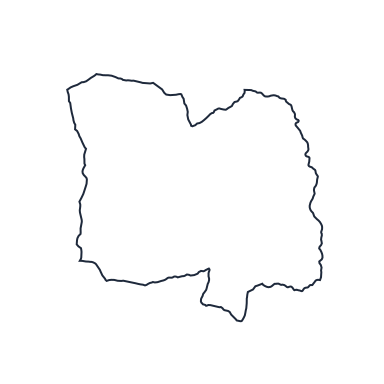 outline of Kalidzingkha, Daga, Bhutan, rotated 14°
{"feature_id": "84629894B31642600341684", "entity_name": "Kalidzingkha", "entity_type": "district", "adm_level": 2, "iso_a3": "BTN", "parent_name": "Bhutan", "parent_adm1": "Daga", "projection": "robinson", "projection_center": [89.878, 27.0], "detail": "fine", "context": "isolated", "style": "outline", "palette": "slate", "viewbox_px": 384, "rotation_deg": 14, "n_neighbors": 0, "source": "geoboundaries", "source_scale": "gbopen_adm2", "svg_char_len": 5993}
<svg xmlns="http://www.w3.org/2000/svg" viewBox="0 0 384 384"><g transform="rotate(14 192 192)"><path d="M169.0,294.0L170.4,293.1L171.5,291.9L173.1,290.5L175.0,289.5L175.8,288.8L177.5,288.8L178.3,288.6L180.4,287.8L183.6,285.8L185.7,284.7L187.0,283.8L188.1,282.7L189.1,281.4L189.9,280.8L190.8,280.5L192.9,280.1L193.9,279.6L194.6,278.8L195.3,278.3L196.4,278.0L197.7,278.0L198.8,278.3L201.1,277.0L202.8,276.1L204.4,275.6L205.3,275.0L207.0,273.3L207.9,273.2L209.2,273.1L210.8,273.4L214.2,272.1L216.8,270.2L217.4,269.6L217.7,268.6L218.2,267.8L219.1,267.1L219.8,266.4L222.4,266.1L223.3,265.4L224.2,264.4L225.1,263.7L225.7,263.1L226.9,262.2L227.7,262.9L227.9,263.8L227.8,264.7L227.7,265.3L227.7,266.9L228.1,268.3L228.4,269.7L229.5,271.8L229.9,273.4L229.9,275.6L229.5,277.3L229.5,282.4L229.4,283.6L228.1,286.9L227.6,287.8L227.5,288.6L227.4,290.5L226.8,292.8L226.7,293.8L227.1,296.0L227.5,296.6L228.0,297.2L228.9,297.6L229.6,298.3L232.3,298.4L233.2,299.0L234.0,298.6L235.2,297.7L237.2,297.3L245.5,297.2L246.9,297.1L247.8,296.6L249.6,297.3L251.0,298.4L252.0,298.8L255.8,298.7L257.6,299.3L259.7,301.5L265.5,305.0L266.4,305.8L269.9,305.7L270.8,305.5L271.4,305.2L272.1,303.4L272.6,301.5L273.1,299.0L273.0,296.4L272.8,293.6L272.8,291.7L272.0,286.7L270.9,282.0L270.9,281.1L270.5,278.2L270.4,275.5L274.8,271.8L276.3,268.1L278.3,266.9L282.4,264.0L283.3,264.8L285.2,265.5L287.3,265.9L289.1,265.9L290.8,265.2L291.3,264.9L292.2,264.0L294.1,261.4L294.6,261.0L295.8,260.8L296.3,260.5L298.1,260.0L300.5,260.5L301.1,260.5L301.7,260.2L302.3,260.0L303.5,260.0L304.1,260.0L305.3,260.4L307.0,261.2L307.6,261.3L308.2,261.2L309.2,260.5L310.4,259.9L311.0,259.8L312.1,260.2L312.7,260.6L314.6,262.3L315.1,262.5L315.6,262.2L316.1,261.9L316.8,261.8L317.2,261.5L319.1,261.6L320.3,261.5L322.2,261.7L322.8,261.5L323.2,261.0L323.6,259.8L323.8,259.2L324.4,258.1L325.4,257.4L327.2,256.7L327.7,256.3L328.9,254.0L329.4,253.7L330.0,253.4L330.6,253.4L331.2,253.2L331.5,252.7L331.9,251.5L332.5,250.3L333.2,248.5L333.9,247.5L335.0,246.9L335.6,246.7L337.5,246.5L337.8,243.5L336.9,238.6L336.2,236.8L336.0,234.0L334.6,231.6L332.9,230.2L332.3,228.6L334.2,226.0L334.5,224.2L334.0,222.3L333.2,220.6L332.1,219.0L330.5,217.1L329.1,216.1L329.0,215.2L329.1,214.2L330.1,212.3L330.4,210.4L329.2,207.7L328.8,207.2L328.5,205.1L328.5,202.8L328.0,201.1L327.4,200.5L327.0,199.6L327.2,196.7L327.0,195.6L326.7,194.4L326.2,193.3L325.1,191.9L323.4,190.2L321.6,189.0L319.9,188.2L316.6,186.2L316.3,185.8L314.8,183.5L314.4,183.0L313.8,182.6L312.6,181.9L311.3,180.7L310.8,180.0L310.1,178.8L309.8,178.0L309.5,176.7L309.5,175.7L309.5,173.9L309.8,172.1L310.5,169.9L310.7,169.1L310.8,167.1L311.3,164.6L311.4,164.0L311.2,163.5L310.1,161.3L309.8,160.4L309.7,159.4L309.7,158.6L309.7,158.0L310.4,156.6L310.7,155.6L310.9,154.0L310.9,152.8L310.4,149.5L310.4,146.6L310.0,146.0L308.7,144.9L307.7,143.9L307.2,142.9L306.7,141.7L306.4,141.2L306.0,140.8L304.0,140.0L302.9,139.4L302.2,139.0L300.2,138.9L299.1,138.5L298.5,137.8L298.4,137.2L298.4,134.1L297.8,130.6L297.1,129.9L296.0,129.7L294.6,129.7L293.8,129.4L293.4,129.0L292.9,128.1L292.9,127.5L293.0,126.9L294.3,124.7L294.6,123.6L294.7,122.9L294.6,122.2L293.7,120.0L293.4,118.8L293.1,118.1L292.6,117.0L291.8,115.9L290.0,114.7L288.6,113.9L286.8,113.2L286.5,112.8L285.9,111.9L285.3,110.7L283.1,108.0L282.3,106.7L281.9,106.3L279.0,104.1L276.6,102.4L276.3,101.9L276.1,101.3L276.0,100.8L276.4,99.7L277.7,98.7L278.1,98.3L278.3,97.6L278.2,96.9L277.5,96.4L276.4,96.3L275.8,96.2L274.6,95.5L274.2,95.1L273.9,94.6L273.6,94.1L273.2,92.0L272.9,91.3L272.4,90.7L271.6,89.8L270.6,89.3L269.8,88.5L269.0,87.1L268.0,85.1L267.3,84.0L266.8,83.6L266.3,83.4L265.3,83.3L264.7,83.1L261.5,81.5L260.9,80.7L260.6,79.9L259.8,79.6L259.2,79.4L258.6,79.3L256.1,79.6L255.2,79.6L254.5,79.5L253.9,79.3L252.7,78.4L251.5,78.4L249.9,78.2L248.8,78.2L247.4,78.5L245.1,79.5L243.7,80.5L243.2,80.7L242.2,81.1L240.3,81.5L239.6,81.5L238.7,81.2L238.0,80.8L235.9,79.4L234.8,79.0L233.9,79.1L231.9,79.7L231.3,79.8L230.8,79.7L229.6,79.1L228.9,79.0L226.6,79.1L224.8,78.8L224.2,78.9L218.3,80.2L218.7,81.1L219.0,83.2L218.3,84.9L218.0,87.0L217.1,88.1L215.8,89.0L215.1,91.2L214.3,92.9L213.1,93.6L211.5,94.4L210.4,96.7L209.9,98.9L208.6,100.2L207.0,101.6L205.7,103.2L204.9,104.0L202.8,104.3L199.9,104.4L198.4,104.3L197.3,104.7L196.0,105.9L194.1,107.5L193.9,109.1L193.4,110.1L192.1,110.7L190.8,112.1L189.8,113.9L188.0,116.8L186.2,119.4L184.5,121.6L182.6,123.3L180.4,124.3L179.0,126.4L176.5,128.1L175.1,127.9L174.7,126.9L170.8,122.5L168.9,118.5L168.5,115.3L167.1,112.4L165.3,109.5L163.2,108.0L161.3,103.5L159.8,102.2L158.0,99.8L157.1,99.7L155.2,100.4L153.0,101.5L147.4,103.3L143.4,103.7L141.1,102.5L138.2,99.7L127.9,95.5L125.2,96.8L117.6,98.1L115.8,98.0L108.4,98.1L106.3,98.7L104.9,98.8L102.8,99.1L101.2,99.7L97.7,99.9L96.6,99.3L95.0,99.2L93.1,99.6L90.1,99.0L85.9,98.6L82.6,99.0L77.4,100.2L74.4,100.3L72.7,100.6L70.7,100.7L69.9,101.9L68.9,103.1L66.2,105.8L64.6,107.8L62.5,110.2L60.3,111.6L58.4,112.2L54.9,115.7L51.2,118.1L48.9,119.9L47.0,122.1L46.2,122.9L47.2,125.0L48.6,127.1L49.5,129.4L50.6,133.6L52.3,135.1L54.3,140.1L56.3,144.4L58.9,149.2L59.6,151.0L60.9,153.3L62.5,155.0L63.4,159.5L65.8,160.6L68.0,163.1L69.3,165.2L70.9,166.8L73.7,170.5L77.1,174.6L78.7,175.7L78.4,181.8L78.9,184.2L79.6,186.0L80.8,190.5L81.9,191.8L80.9,195.5L80.7,197.3L80.8,198.6L81.4,200.2L82.9,201.7L85.0,203.0L86.4,204.1L87.0,205.4L87.7,209.5L87.6,211.9L87.2,217.8L87.0,220.3L86.1,224.6L85.1,228.6L85.7,229.6L86.6,231.1L87.0,232.6L87.3,234.7L87.5,236.8L88.2,238.9L91.8,245.9L92.3,247.6L92.7,254.3L93.8,258.4L94.0,259.7L92.6,262.0L92.0,264.6L92.1,266.6L92.8,270.7L94.9,272.2L97.9,273.4L98.7,275.2L99.3,276.9L100.4,282.3L100.4,283.7L99.8,285.9L102.0,285.4L106.0,285.1L108.3,284.6L110.1,284.4L111.6,284.1L113.3,284.2L115.3,284.7L116.4,285.3L121.4,289.8L122.6,291.4L125.2,294.6L128.6,297.2L129.4,298.2L130.7,298.9L132.9,297.5L135.1,296.7L137.9,296.1L141.4,296.1L142.4,295.9L145.0,295.4L146.7,294.7L159.4,294.2L161.8,294.2L164.3,294.1L166.9,293.8L169.0,294.0Z" fill="none" stroke="#1e293b" stroke-width="2"/></g></svg>